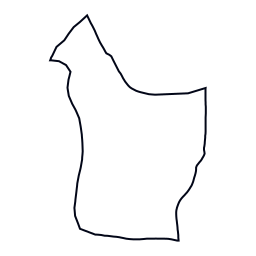 the district of Az Zahir, Al Bayda', Yemen
{"feature_id": "15242507B38205653347436", "entity_name": "Az Zahir", "entity_type": "district", "adm_level": 2, "iso_a3": "YEM", "parent_name": "Yemen", "parent_adm1": "Al Bayda'", "projection": "mercator", "projection_center": [45.434, 13.999], "detail": "fine", "context": "isolated", "style": "outline", "palette": "ink", "viewbox_px": 256, "rotation_deg": 0, "n_neighbors": 0, "source": "geoboundaries", "source_scale": "gbopen_adm2", "svg_char_len": 2693}
<svg xmlns="http://www.w3.org/2000/svg" viewBox="0 0 256 256"><path d="M178.6,240.6L178.5,239.4L178.3,237.5L178.3,235.2L178.1,233.3L177.9,231.3L177.6,229.3L177.5,227.4L177.3,225.4L177.0,223.0L176.8,221.1L176.5,218.9L176.3,216.5L176.2,214.2L176.2,212.1L176.4,210.1L176.7,209.0L176.8,208.6L176.9,207.9L177.6,205.9L178.3,204.0L179.1,202.1L180.2,200.2L181.5,198.4L182.4,197.4L183.0,196.7L184.3,195.4L185.1,194.5L185.6,193.9L187.0,192.4L187.5,191.7L188.2,190.8L189.3,189.2L190.4,187.4L191.6,185.5L192.4,183.6L193.1,181.8L193.5,180.4L193.7,179.6L193.9,178.9L194.2,177.7L194.9,175.6L195.5,173.4L195.9,171.5L195.9,171.4L196.0,170.8L196.1,169.5L196.1,167.5L196.8,165.7L197.1,165.2L198.0,164.1L199.4,162.3L200.9,160.6L202.0,158.9L202.2,158.4L202.9,157.3L203.9,155.5L204.6,153.7L204.4,151.9L204.0,149.9L204.0,147.9L204.4,146.0L204.4,145.9L204.7,143.8L204.8,141.9L205.0,139.8L205.1,138.6L205.2,137.7L205.2,135.8L205.5,133.9L205.6,131.6L205.6,129.6L205.6,127.5L205.6,125.6L205.6,123.6L205.6,121.8L205.6,119.9L205.6,117.5L205.7,115.5L205.8,113.3L205.8,111.0L205.8,108.8L205.8,106.8L205.6,104.4L205.6,102.3L205.5,100.3L205.5,98.2L205.5,96.2L205.5,93.7L205.5,91.3L205.5,89.1L205.6,88.0L188.1,93.3L155.1,94.7L148.9,94.2L144.3,93.1L140.6,92.2L138.5,91.6L136.5,90.9L136.2,90.8L134.1,89.7L131.8,88.5L129.9,87.2L128.3,85.6L126.7,83.6L125.3,81.8L125.0,81.4L124.3,80.2L123.1,78.3L121.9,75.9L121.4,75.0L120.7,73.7L119.4,72.0L118.9,71.4L113.5,60.8L111.3,56.3L109.3,54.8L106.3,53.3L106.0,52.7L105.4,51.8L104.3,49.7L103.0,47.4L101.5,45.0L101.4,44.7L100.3,42.9L99.3,40.9L98.3,38.8L97.3,36.5L96.3,34.3L96.1,33.9L95.5,32.4L94.7,30.5L93.7,28.5L92.8,26.7L91.9,25.0L90.9,23.3L87.1,15.4L79.8,22.1L73.7,27.1L68.7,33.7L64.3,40.3L56.5,46.9L52.2,55.9L52.1,56.0L51.3,57.3L51.1,57.6L50.6,59.3L50.2,60.3L51.0,60.3L59.0,61.2L66.1,65.1L67.0,66.5L70.5,71.8L70.4,72.2L70.0,73.8L69.4,76.3L68.5,79.7L67.5,87.7L67.8,89.8L68.8,95.9L72.2,103.8L75.4,109.6L76.0,110.9L76.2,111.3L78.6,116.9L79.2,118.3L80.6,126.2L80.9,128.1L81.8,134.6L81.9,136.3L82.2,139.8L82.4,143.0L82.7,151.4L82.5,154.2L82.2,157.2L82.1,159.6L80.7,167.6L80.2,169.8L78.8,175.4L77.3,183.4L77.0,186.7L76.9,187.3L76.6,189.9L76.4,191.8L75.6,198.2L75.4,200.0L75.3,201.4L74.7,205.8L74.4,208.0L74.5,208.8L75.1,215.9L78.1,223.6L79.7,228.0L80.0,228.8L95.3,234.6L96.2,234.6L98.1,234.7L101.2,235.0L104.6,235.7L107.5,235.8L110.6,236.2L111.4,236.3L113.6,236.6L116.4,236.8L119.8,237.3L120.0,237.4L123.1,238.0L126.3,238.7L129.8,239.1L132.9,239.3L136.2,239.3L140.0,239.3L143.8,239.0L146.6,238.7L149.6,238.7L152.8,238.7L155.8,238.6L158.8,238.7L161.7,238.7L164.8,238.7L168.0,238.8L171.3,239.3L174.0,239.9L177.2,240.6L178.3,240.6L178.6,240.6Z" fill="none" stroke="#020617" stroke-width="2"/></svg>